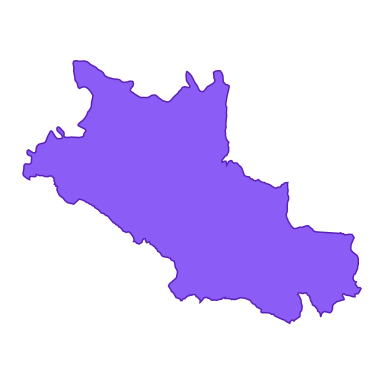 Manka, Leribe, Lesotho
{"feature_id": "5366337B27297723813", "entity_name": "Manka", "entity_type": "district", "adm_level": 2, "iso_a3": "LSO", "parent_name": "Lesotho", "parent_adm1": "Leribe", "projection": "orthographic", "projection_center": [27.816, -28.974], "detail": "fine", "context": "isolated", "style": "filled", "palette": "violet", "viewbox_px": 384, "rotation_deg": 0, "n_neighbors": 0, "source": "geoboundaries", "source_scale": "gbopen_adm2", "svg_char_len": 5894}
<svg xmlns="http://www.w3.org/2000/svg" viewBox="0 0 384 384"><path d="M320.7,317.0L321.7,313.9L322.6,312.5L324.6,311.5L329.9,312.8L330.9,312.1L331.9,310.8L332.2,309.7L332.6,308.1L332.6,305.5L333.9,304.0L336.8,301.7L344.1,299.6L343.8,298.0L342.5,295.9L342.8,294.0L344.1,294.0L346.0,295.1L350.1,295.7L352.0,296.5L353.6,296.8L355.0,296.8L355.0,294.2L356.3,293.8L357.9,293.8L359.2,292.1L361.0,288.6L360.0,287.6L358.6,287.6L357.3,287.2L356.7,285.9L355.3,284.4L356.3,282.0L355.0,281.6L354.0,280.8L353.4,279.7L353.0,278.0L353.7,275.0L355.3,273.8L357.6,268.4L357.6,266.9L358.3,263.9L358.3,258.8L357.6,256.7L357.0,255.4L353.4,252.7L351.8,251.0L351.0,250.1L350.8,248.6L351.0,244.8L354.1,237.6L352.0,234.5L349.0,234.3L344.7,234.9L343.5,233.7L341.8,233.7L340.5,232.7L339.5,233.4L316.1,231.9L313.2,230.8L312.7,229.4L309.6,227.0L308.4,225.8L306.6,225.8L302.0,227.3L299.6,227.2L295.7,228.6L293.7,228.4L291.4,226.3L288.0,220.7L287.7,219.2L286.8,218.0L286.2,214.1L286.9,212.6L287.4,209.5L287.2,207.7L287.4,203.4L287.8,201.2L288.5,200.0L288.7,197.1L287.5,194.0L288.1,190.3L287.7,188.6L287.5,183.8L287.8,182.6L286.2,182.6L284.5,183.1L283.2,184.3L281.9,184.6L280.2,187.1L277.9,187.2L275.9,188.2L274.5,187.9L269.6,184.6L266.0,183.5L264.3,182.4L262.8,182.4L261.4,181.9L259.8,180.9L258.4,179.5L256.1,180.7L254.8,180.7L253.2,180.0L252.4,179.0L251.2,179.0L250.1,178.4L249.5,176.9L248.3,176.9L246.2,176.4L244.3,175.4L242.0,168.6L240.6,166.5L239.4,165.9L237.0,163.0L234.1,163.0L232.4,162.2L231.8,160.7L230.4,160.7L228.7,161.6L226.8,165.2L226.1,161.4L224.7,161.2L222.1,162.2L222.1,160.0L225.4,156.0L226.7,155.5L228.6,151.6L228.7,147.1L227.8,145.5L228.8,142.1L227.5,141.1L226.1,138.6L225.5,135.4L225.5,132.9L225.2,130.9L226.1,126.9L225.8,125.3L226.1,120.2L226.7,115.5L226.4,114.0L226.7,107.2L225.9,105.9L225.7,104.1L227.1,95.8L229.1,87.4L229.1,85.8L227.5,84.8L225.8,84.6L223.3,81.9L222.8,75.4L221.7,72.8L220.4,71.0L219.7,70.7L215.9,71.0L213.8,72.1L213.4,73.0L214.0,75.9L213.9,78.1L214.8,79.6L214.8,81.3L214.1,82.4L212.4,83.9L207.3,86.8L204.0,91.1L202.6,91.7L200.4,91.2L199.3,90.3L196.9,85.3L194.9,82.6L191.8,76.4L190.4,74.5L188.2,72.3L187.2,71.6L186.8,71.6L186.2,73.8L186.1,76.6L186.5,80.4L186.9,81.4L189.5,85.2L189.8,86.1L189.5,87.3L188.5,87.6L184.7,86.7L182.6,87.3L181.7,88.3L181.1,89.5L178.4,92.0L178.6,92.6L174.0,96.7L171.2,100.0L169.2,101.7L167.2,102.0L163.0,100.8L158.9,97.9L156.1,95.4L154.5,95.0L151.5,95.4L149.6,96.7L147.4,97.6L140.2,97.4L134.3,93.8L133.1,92.7L131.4,91.8L130.5,90.8L130.4,89.9L130.7,88.8L132.9,86.0L133.4,84.3L133.0,81.7L132.2,81.3L129.3,81.2L127.7,81.9L124.6,82.3L122.9,82.2L121.8,81.6L119.8,79.9L117.5,79.2L113.6,79.0L107.9,77.4L104.8,75.7L103.1,72.6L101.3,71.1L98.0,69.5L95.9,67.3L90.3,64.4L89.0,63.0L86.9,61.6L84.3,61.0L79.8,61.3L76.0,60.7L74.2,61.0L73.4,61.8L73.1,63.8L73.9,67.3L73.7,71.1L74.8,77.0L75.1,80.3L77.0,82.7L78.2,87.3L79.3,88.4L83.2,86.8L85.7,87.1L86.3,87.4L88.2,88.8L90.2,91.0L92.9,95.1L92.8,96.9L91.7,101.8L91.2,107.2L89.1,110.6L87.9,111.9L86.9,114.7L85.2,117.8L82.9,120.3L80.0,122.5L78.1,124.5L78.3,125.6L78.8,126.0L85.5,129.4L85.9,130.2L85.7,131.1L84.1,133.4L83.4,136.2L82.7,136.8L79.1,137.5L71.2,137.1L68.9,137.4L65.2,137.3L64.5,136.9L63.9,135.6L64.1,133.4L63.8,132.1L60.0,128.0L59.3,127.4L58.1,127.0L57.2,127.7L56.9,128.4L57.1,130.5L59.0,132.5L61.3,134.5L62.4,136.4L62.5,137.2L62.3,137.8L61.6,138.4L58.1,138.8L57.4,138.8L55.3,136.6L52.2,131.5L51.1,130.9L50.4,131.2L47.7,136.5L45.5,142.1L43.6,143.0L39.0,144.2L37.2,145.8L36.5,147.1L36.1,149.4L36.0,151.4L35.2,152.7L34.4,152.9L32.6,152.5L28.7,149.9L27.4,150.5L27.0,152.6L27.5,154.4L28.7,155.3L30.9,156.0L31.4,156.6L31.6,158.1L31.3,162.6L30.4,163.9L29.1,164.1L25.5,163.9L24.4,164.7L24.0,165.7L23.9,168.6L23.0,173.9L23.4,175.4L24.6,176.6L27.3,178.6L29.6,179.7L29.6,176.9L30.9,176.5L34.9,176.7L35.9,176.4L36.2,174.5L39.5,175.6L42.8,175.6L44.7,176.5L47.4,176.7L50.0,176.0L51.7,176.0L54.3,178.8L54.0,180.3L54.3,181.6L55.0,182.8L54.3,184.2L55.7,184.9L55.7,186.1L57.6,186.7L57.0,188.6L57.0,190.1L59.0,194.6L60.0,195.9L63.3,198.3L64.6,200.1L66.6,202.0L67.8,202.7L73.8,204.1L79.1,199.2L81.0,199.5L84.0,200.6L86.7,202.5L88.0,202.7L89.3,203.9L90.6,204.2L92.6,205.8L94.2,206.1L94.6,207.4L98.5,209.8L101.2,212.9L103.8,213.6L105.8,215.5L107.7,215.9L113.0,222.3L114.1,223.1L115.1,223.4L115.7,224.4L118.0,225.5L118.6,226.7L120.6,227.8L122.3,229.7L122.9,230.9L126.6,232.5L127.6,231.9L128.9,231.9L130.9,233.5L133.4,237.2L134.2,240.3L133.5,241.5L135.5,241.7L136.7,243.2L139.1,244.0L141.8,242.4L142.4,240.4L143.7,238.7L145.1,238.7L145.7,241.0L146.7,242.7L149.3,241.9L150.3,244.1L152.9,245.3L153.6,246.2L154.9,246.9L155.6,248.3L156.9,249.2L157.6,251.1L160.2,252.8L161.2,254.7L162.8,256.5L167.7,257.4L170.4,258.3L171.0,259.8L174.1,261.3L174.7,263.2L175.3,267.1L177.4,271.1L177.4,273.0L176.3,277.9L169.4,284.0L168.5,286.2L170.8,289.6L171.4,291.5L173.1,292.6L174.3,294.3L176.0,297.5L180.0,299.0L180.6,300.5L181.9,300.7L182.9,299.0L184.9,298.6L187.6,296.0L189.2,295.8L189.9,294.8L191.5,295.3L192.8,294.6L195.1,294.6L195.8,295.6L196.1,296.7L197.5,297.1L200.1,300.0L200.1,302.4L202.4,300.0L203.7,298.1L205.1,297.5L207.0,297.5L208.0,298.3L209.3,298.1L210.3,299.2L211.6,300.2L214.6,300.0L216.6,300.3L217.9,299.8L221.5,299.2L222.5,298.1L225.1,297.4L225.1,298.6L226.7,298.4L230.4,298.8L231.8,299.6L233.0,299.2L235.0,299.6L240.3,297.7L245.2,298.3L250.1,300.3L252.5,303.5L255.1,304.7L256.8,307.1L261.4,309.4L261.0,312.0L262.0,312.7L268.3,312.8L270.0,313.2L271.6,314.3L273.5,314.1L274.5,315.8L282.8,319.6L285.0,320.2L286.0,321.4L289.7,323.3L290.3,321.7L291.7,320.2L293.0,320.2L294.0,321.1L294.6,320.2L299.9,316.5L300.0,313.4L300.2,312.2L301.6,310.6L302.2,306.6L301.0,301.7L301.0,299.8L299.0,295.8L297.6,294.2L298.6,293.0L300.0,292.8L302.9,293.6L304.5,293.0L306.5,293.2L307.8,295.1L309.5,296.3L310.8,301.0L311.8,302.4L312.5,304.9L315.0,306.4L317.4,309.4L317.7,311.1L319.1,312.1L320.1,313.4L320.7,317.0Z" fill="#8b5cf6" stroke="#5b21b6" stroke-width="1.5"/></svg>